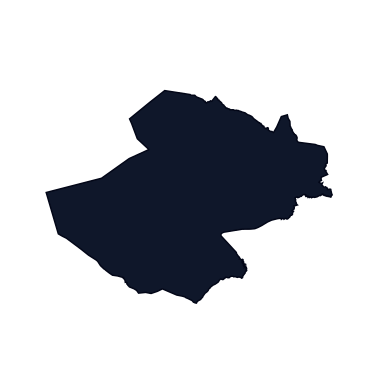 the district of Nord-Odal nor, Hedmark, Norway, rotated 337°
{"feature_id": "86288312B23847912636129", "entity_name": "Nord-Odal nor", "entity_type": "district", "adm_level": 2, "iso_a3": "NOR", "parent_name": "Norway", "parent_adm1": "Hedmark", "projection": "robinson", "projection_center": [11.686, 60.44], "detail": "fine", "context": "isolated", "style": "filled", "palette": "ink", "viewbox_px": 384, "rotation_deg": 337, "n_neighbors": 0, "source": "geoboundaries", "source_scale": "gbopen_adm2", "svg_char_len": 6041}
<svg xmlns="http://www.w3.org/2000/svg" viewBox="0 0 384 384"><g transform="rotate(337 192 192)"><path d="M317.7,250.9L318.1,250.8L318.0,250.5L318.3,250.5L318.5,249.9L319.2,249.5L319.6,249.6L319.7,249.3L319.9,249.2L319.8,248.9L320.0,247.7L320.0,247.1L320.2,246.6L320.4,244.8L320.7,244.4L320.5,243.9L320.6,243.6L319.7,243.1L318.3,243.0L317.6,242.6L318.1,241.6L317.8,241.1L317.8,240.6L317.4,240.4L316.9,239.4L315.3,239.2L314.8,238.2L314.9,237.9L314.7,237.2L314.2,236.8L314.6,235.7L315.6,234.7L314.7,234.8L313.9,234.3L312.7,232.7L313.1,232.3L313.7,232.1L315.7,231.9L315.8,230.5L316.8,228.9L323.7,228.8L323.4,227.0L323.5,226.1L323.0,225.2L322.9,224.8L323.5,224.5L322.9,224.1L322.9,222.8L322.7,222.4L323.4,221.8L323.4,221.5L324.4,221.1L325.3,220.5L325.3,220.1L325.7,220.1L325.8,219.5L325.5,219.5L325.5,219.3L325.7,219.2L325.9,218.6L327.8,218.2L330.6,211.9L331.4,209.9L331.1,201.9L325.8,198.2L324.0,196.4L310.0,188.2L309.5,187.9L308.9,186.9L308.6,184.7L309.2,184.4L309.7,183.6L309.8,182.8L310.1,182.6L309.8,181.7L310.0,181.4L309.7,179.9L309.2,179.4L308.8,179.2L308.6,178.8L308.9,178.6L308.9,178.4L308.4,177.4L308.5,177.1L308.3,176.5L308.3,174.9L308.0,174.5L308.5,174.0L308.4,173.2L308.0,172.6L308.2,172.2L308.1,171.6L308.3,170.9L308.1,170.7L308.0,169.9L309.7,165.2L309.3,161.7L309.9,158.2L303.7,157.5L295.5,165.2L290.3,169.1L290.1,168.9L290.3,168.8L289.7,168.5L289.3,167.6L287.8,166.8L286.4,164.8L286.7,164.3L286.6,164.0L286.6,163.6L286.8,163.5L286.7,163.3L287.1,163.0L287.0,162.6L286.4,162.2L285.8,162.4L285.6,162.7L285.6,162.9L285.2,162.8L284.7,162.5L284.6,162.1L283.7,161.2L283.1,159.9L283.8,159.8L283.8,159.6L282.9,158.6L282.5,158.4L282.6,157.9L282.5,157.5L282.2,157.3L282.3,156.9L281.9,156.3L282.2,156.0L282.1,155.7L281.1,155.1L281.1,154.5L280.5,154.2L280.5,153.9L277.6,148.9L277.1,147.9L277.1,147.2L276.4,145.7L274.9,143.9L273.4,142.6L271.7,139.8L269.4,138.0L268.4,136.9L267.2,136.0L266.6,135.2L265.3,134.5L265.1,134.2L262.9,133.5L262.4,133.0L262.5,132.7L261.9,132.3L259.8,131.5L258.8,130.9L258.7,130.6L259.0,130.5L258.8,130.2L258.2,129.8L257.0,128.7L256.6,128.5L256.8,128.3L256.0,127.7L255.7,126.3L255.3,125.5L255.2,124.5L254.4,123.4L254.0,122.3L254.1,121.8L253.9,120.9L253.5,120.5L253.4,120.0L252.6,118.4L252.7,118.0L251.7,117.0L251.9,116.7L252.0,115.9L251.5,115.5L251.6,115.2L251.3,114.8L251.4,114.3L251.0,113.4L250.7,113.4L245.6,116.2L244.6,115.3L243.9,115.6L243.3,115.7L243.0,115.5L242.5,115.7L241.8,115.2L240.0,115.7L239.8,115.5L239.7,115.0L239.2,114.7L239.5,114.2L239.5,113.7L238.5,112.6L238.3,111.6L237.8,110.7L233.2,106.2L232.3,104.0L229.2,102.7L228.5,102.0L228.4,101.6L206.5,88.0L188.4,92.9L163.1,100.3L163.2,105.4L162.5,121.6L168.8,135.7L168.7,136.1L147.2,136.7L114.1,144.0L57.6,135.5L52.6,178.3L55.4,182.0L58.3,185.4L67.5,201.2L72.1,209.7L77.2,217.1L78.1,218.9L79.0,224.0L80.9,228.4L81.5,229.1L82.0,230.3L84.2,234.2L86.3,237.5L90.6,240.1L95.4,243.9L95.0,244.1L95.3,244.5L95.3,244.9L95.7,245.4L95.6,246.2L95.9,247.1L95.3,249.1L96.1,249.3L96.1,249.5L96.6,250.3L96.4,250.8L96.1,251.1L96.5,252.1L96.6,253.1L96.9,253.5L97.3,254.9L100.9,258.5L102.6,261.0L103.3,264.2L110.1,266.3L114.7,269.4L121.4,269.9L126.9,269.6L137.7,280.9L142.3,284.0L144.4,285.7L145.1,286.9L146.6,288.4L149.7,292.0L150.3,294.0L150.9,294.5L151.2,294.5L151.5,295.0L151.5,295.3L152.7,296.0L153.5,295.1L154.2,295.0L154.6,294.6L158.0,294.3L158.4,293.9L160.7,292.9L161.5,292.1L164.4,290.3L166.8,289.7L168.3,289.0L169.6,287.8L171.3,287.3L171.6,286.9L175.1,285.9L177.1,285.9L180.7,285.2L181.5,284.8L182.4,284.0L183.8,283.4L184.4,283.3L186.2,284.7L187.2,284.6L187.4,284.2L188.0,284.2L188.6,283.9L189.3,284.1L189.9,283.6L191.2,284.5L191.4,284.9L192.6,285.4L193.2,285.3L193.8,284.9L195.2,284.9L196.9,285.6L197.2,286.3L198.7,286.8L200.4,288.3L202.2,288.6L202.8,289.2L203.4,289.6L204.0,290.7L205.0,290.6L205.3,290.2L205.2,289.9L205.4,289.7L206.7,288.8L206.6,288.6L207.9,288.1L208.5,287.6L208.9,287.6L209.6,286.6L211.5,285.7L211.1,285.1L211.3,284.8L212.3,284.2L212.3,283.5L212.0,283.3L212.5,282.8L212.4,282.6L212.1,282.7L212.0,282.3L212.1,282.1L211.9,282.1L212.1,281.9L211.9,281.8L211.8,281.4L211.4,281.5L211.6,281.3L211.4,281.2L211.8,281.0L211.5,280.9L211.8,280.8L211.4,280.8L211.6,280.7L211.4,280.5L211.8,280.5L211.6,280.3L212.0,279.9L211.7,279.6L212.2,279.5L211.5,279.2L212.0,279.0L211.9,278.6L211.2,278.8L211.4,278.4L211.6,278.4L211.3,278.2L211.4,277.9L210.8,277.9L210.7,277.7L211.6,277.2L211.1,276.8L211.7,276.6L211.3,276.3L211.6,276.2L211.9,276.4L212.0,276.3L211.8,275.9L212.1,275.6L212.1,275.3L211.3,275.3L211.2,275.2L212.4,274.6L212.5,274.4L212.2,274.1L212.2,273.8L211.4,273.8L210.7,273.3L210.4,272.7L209.6,272.3L210.1,272.0L210.2,271.8L210.0,271.3L210.1,270.7L209.8,270.4L209.9,270.0L209.3,268.4L209.2,267.5L209.0,266.8L208.9,265.5L209.2,265.0L201.6,243.8L201.9,242.5L202.6,241.9L203.6,241.5L205.5,241.4L223.6,245.8L231.4,249.0L235.5,250.3L238.7,250.4L243.1,250.1L249.8,249.1L254.3,249.0L260.0,249.9L262.4,250.5L263.7,251.3L263.6,252.0L264.7,251.7L265.9,252.3L266.0,253.0L267.2,252.7L268.4,253.2L268.8,254.0L269.6,254.1L272.6,253.0L273.0,252.2L273.3,252.0L274.7,252.3L275.7,251.9L275.8,251.0L276.3,250.8L276.8,250.1L277.6,249.6L277.2,249.4L277.3,248.8L276.7,248.4L277.3,248.1L278.5,247.9L279.4,247.4L280.1,246.2L280.1,245.7L280.4,245.1L280.4,244.6L281.5,244.9L283.9,245.1L283.5,244.3L283.6,243.6L283.4,243.0L283.8,242.3L283.5,240.8L283.9,240.5L284.5,239.4L284.4,238.1L284.7,237.5L286.9,237.6L287.0,238.4L288.1,238.7L289.7,238.5L290.1,238.2L291.0,238.7L291.8,238.2L293.7,237.9L294.2,238.2L295.0,238.3L295.7,238.9L295.7,239.1L295.0,239.5L295.0,240.0L295.3,240.0L295.3,240.7L296.3,240.7L296.4,241.2L296.6,241.5L297.1,241.5L296.8,242.1L297.8,242.0L298.0,242.3L297.8,242.5L297.8,242.9L298.7,242.8L299.3,243.0L299.4,243.5L299.8,244.0L300.8,243.8L301.2,244.1L301.8,244.0L302.6,244.8L305.2,245.3L308.0,245.0L308.8,245.5L310.2,245.2L310.4,244.9L311.0,245.1L311.5,244.9L311.8,245.2L311.7,245.8L312.1,245.9L312.1,246.6L313.5,247.2L313.3,247.7L314.1,248.0L314.3,248.5L315.5,248.7L315.4,249.2L316.7,250.0L317.7,250.9Z" fill="#0f172a" stroke="#020617" stroke-width="1.5"/></g></svg>